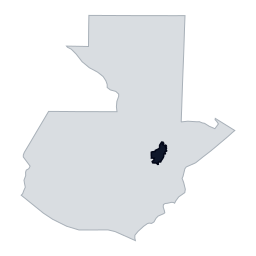 location of Panzós, Alta Verapaz, Guatemala
{"feature_id": "79465075B48438720482803", "entity_name": "Panzós", "entity_type": "district", "adm_level": 2, "iso_a3": "GTM", "parent_name": "Guatemala", "parent_adm1": "Alta Verapaz", "projection": "albers", "projection_center": [-89.636, 15.321], "detail": "fine", "context": "in_parent", "style": "filled", "palette": "ink", "viewbox_px": 256, "rotation_deg": 0, "n_neighbors": 0, "source": "geoboundaries", "source_scale": "gbopen_adm2", "svg_char_len": 4050}
<svg xmlns="http://www.w3.org/2000/svg" viewBox="0 0 256 256"><path d="M21.2,195.2L22.6,193.8L23.8,190.6L25.3,187.2L24.5,183.3L24.0,180.2L25.7,175.6L25.6,172.2L26.3,170.1L28.8,168.7L30.1,166.1L23.3,157.0L23.3,155.0L24.3,152.4L30.0,142.9L36.7,131.5L44.2,118.9L48.6,111.4L64.7,111.5L75.3,111.6L88.8,111.6L103.4,111.7L113.1,111.7L117.0,111.7L116.4,106.7L116.9,101.3L118.7,96.3L118.7,94.1L115.8,91.4L110.3,89.9L107.2,87.5L107.2,84.5L105.9,80.8L103.2,76.6L97.7,72.2L89.3,67.7L82.1,61.7L76.2,54.1L71.3,49.2L67.4,47.2L66.5,46.1L77.8,46.3L88.5,46.5L88.6,35.7L88.7,26.1L88.9,15.4L108.2,15.5L131.2,15.6L155.2,15.6L173.9,15.7L185.0,15.6L184.5,29.0L184.0,44.5L183.6,55.9L183.0,71.1L182.4,86.7L181.7,107.9L181.2,121.6L181.4,121.9L187.8,121.2L197.1,121.8L199.4,121.7L202.3,122.9L204.5,123.3L209.3,126.3L214.9,128.7L218.4,123.9L216.5,121.1L215.1,119.7L215.3,118.4L234.8,130.5L232.5,132.4L227.6,136.8L218.7,144.3L210.7,151.0L202.9,157.0L196.0,162.5L195.2,163.0L186.3,166.9L184.9,168.7L183.0,176.4L182.1,178.3L183.7,182.6L185.3,189.2L184.8,192.6L178.7,196.9L175.9,200.7L174.6,203.2L173.5,202.5L171.6,202.3L167.3,203.3L165.1,203.5L163.4,204.6L163.2,207.0L164.4,210.8L164.8,212.8L163.6,213.7L158.1,216.1L156.0,218.3L154.0,221.9L151.6,223.4L149.1,223.1L147.4,223.6L143.6,226.3L138.0,231.4L134.9,235.2L134.8,238.1L135.4,240.6L114.9,231.5L108.0,229.9L79.1,230.0L66.8,226.3L52.7,219.3L43.2,213.0L21.2,195.2Z" fill="#d9dde1" stroke="#a8b0b8" stroke-width="1"/><path d="M161.6,142.1L161.5,142.3L161.3,142.6L161.1,143.0L160.7,143.5L160.4,144.0L160.1,144.5L159.8,144.9L159.8,145.0L159.6,145.3L159.6,145.5L159.6,146.0L159.6,146.4L159.6,146.5L159.5,147.8L159.4,148.4L159.3,148.5L158.8,148.7L158.6,148.9L158.2,149.0L157.5,149.4L157.0,149.6L156.7,149.7L156.4,149.9L155.9,150.1L155.3,150.4L155.2,151.4L155.2,151.5L154.3,151.6L154.2,151.6L153.4,151.7L152.5,151.8L152.2,151.8L151.3,152.2L151.3,153.3L151.3,154.4L151.3,155.0L151.3,155.5L151.4,156.4L151.4,157.6L151.4,158.1L151.9,158.0L152.0,158.0L152.3,157.9L152.4,158.0L152.5,158.0L152.9,158.2L153.0,158.1L153.3,158.3L153.6,158.4L153.9,158.3L154.3,158.2L154.2,158.6L154.1,159.0L154.1,159.3L154.0,159.6L153.9,160.0L153.6,160.3L153.4,160.5L153.1,160.7L152.9,161.0L152.7,161.2L152.3,161.4L152.2,161.5L152.4,161.9L152.5,162.2L152.5,162.4L152.6,162.7L152.7,162.8L152.8,162.9L153.3,162.8L153.5,162.8L153.9,163.0L154.1,163.1L154.3,163.0L154.5,162.9L154.8,162.8L154.9,162.7L155.0,162.7L155.4,162.7L155.5,162.8L155.8,163.0L156.1,163.3L156.3,163.4L156.9,163.4L157.0,163.4L157.1,163.5L157.2,163.8L157.4,164.1L157.6,164.4L158.0,164.4L158.3,164.3L158.3,164.2L158.2,164.0L158.2,163.7L158.2,163.3L158.0,163.0L158.1,162.9L158.1,162.7L158.4,162.4L158.9,162.1L159.0,161.9L159.1,161.7L159.4,161.7L159.6,161.8L160.0,162.0L160.4,162.0L160.5,162.0L160.7,161.9L160.8,161.5L160.9,161.4L161.1,160.9L161.3,160.7L161.4,160.4L161.7,160.0L162.5,158.8L162.7,158.6L162.9,158.1L163.0,157.9L163.2,157.6L163.3,157.3L163.4,157.1L163.5,157.0L163.7,156.3L163.7,155.8L163.7,155.7L163.7,155.2L163.7,154.8L163.7,154.7L163.8,154.6L163.9,154.4L163.9,154.2L163.7,154.0L163.7,153.9L163.8,153.8L164.2,153.7L164.4,153.7L164.8,153.8L165.0,153.8L165.3,153.8L165.3,153.7L165.4,153.3L165.1,152.9L165.0,152.7L164.9,152.6L164.8,152.4L164.8,152.1L164.9,151.8L165.1,151.6L165.3,151.6L165.8,151.4L166.1,151.3L166.2,151.2L166.3,151.2L166.6,151.0L166.6,150.9L166.6,150.6L166.3,150.4L166.1,150.1L166.0,149.6L166.1,149.4L166.2,149.0L166.3,148.9L166.3,148.7L166.5,148.3L166.5,148.2L166.4,147.8L166.2,147.8L165.9,147.8L165.6,147.7L165.5,147.3L165.6,147.2L165.7,146.9L165.9,146.7L166.1,146.3L166.2,146.2L166.4,146.1L166.3,145.8L166.1,145.8L166.0,145.7L165.9,145.5L165.8,145.3L165.7,145.3L165.6,145.2L165.5,145.3L165.4,145.5L165.2,145.7L165.1,145.8L164.9,145.8L164.6,145.6L164.3,145.2L164.2,145.2L164.2,145.3L163.8,145.0L163.5,144.8L163.0,144.8L162.9,144.8L162.7,144.7L162.5,144.4L162.7,144.1L163.0,143.9L163.3,143.7L163.6,143.5L163.7,143.4L163.7,143.2L163.4,142.9L163.2,142.7L162.9,142.5L162.9,142.4L162.9,142.2L162.1,142.1L161.6,142.1Z" fill="#0f172a" stroke="#020617" stroke-width="1.5"/></svg>